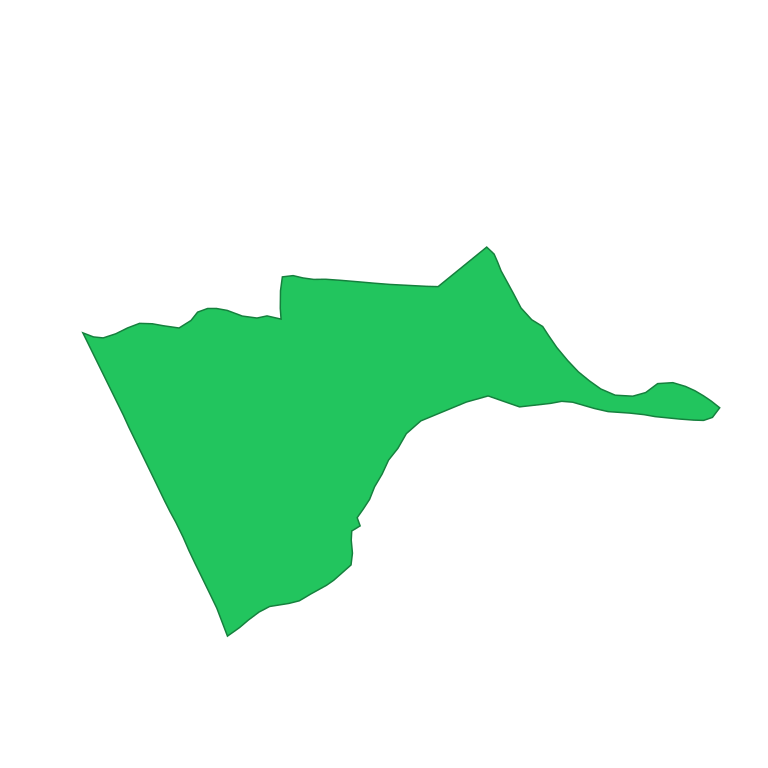 the district of Parnamirim, Rio Grande do Norte, Brazil, rotated 327°
{"feature_id": "56859067B32838397359817", "entity_name": "Parnamirim", "entity_type": "district", "adm_level": 2, "iso_a3": "BRA", "parent_name": "Brazil", "parent_adm1": "Rio Grande do Norte", "projection": "albers", "projection_center": [-35.212, -5.917], "detail": "fine", "context": "isolated", "style": "filled", "palette": "green", "viewbox_px": 768, "rotation_deg": 327, "n_neighbors": 0, "source": "geoboundaries", "source_scale": "gbopen_adm2", "svg_char_len": 1491}
<svg xmlns="http://www.w3.org/2000/svg" viewBox="0 0 768 768"><g transform="rotate(327 384 384)"><path d="M544.7,325.1L482.4,331.8L473.2,325.5L443.3,303.8L430.9,294.3L417.6,283.9L404.2,273.5L392.0,264.3L382.0,258.0L373.8,250.9L366.8,243.6L357.1,238.8L348.0,249.4L338.2,264.1L333.0,273.5L323.0,263.2L313.4,259.5L302.1,249.8L292.6,236.9L284.5,229.3L277.2,224.6L266.8,222.2L256.8,225.6L242.6,225.4L230.7,215.0L222.5,207.3L212.0,200.0L199.4,197.3L186.4,195.8L173.6,192.4L166.0,186.3L159.3,177.1L153.0,229.9L148.4,268.5L146.5,281.1L145.4,290.1L138.8,343.2L136.3,362.8L135.0,374.9L134.1,386.6L132.1,403.0L129.7,417.4L127.8,431.7L126.0,446.6L123.6,466.0L121.7,480.9L115.4,510.2L130.2,509.6L141.7,508.1L154.9,507.2L166.9,508.3L184.9,516.3L194.9,519.7L207.9,520.2L226.3,521.5L235.0,521.2L257.8,517.8L265.4,508.7L271.5,497.1L276.9,489.7L286.7,490.0L288.7,481.5L298.7,477.5L309.1,472.9L320.1,465.1L333.4,458.5L346.4,450.3L360.7,445.5L375.7,437.8L394.8,435.0L443.3,444.0L464.8,450.7L485.2,477.0L513.2,491.0L523.6,495.3L532.3,502.0L547.1,519.1L556.9,529.2L574.2,542.2L585.5,551.4L593.6,559.0L612.7,574.3L624.0,582.9L632.2,588.6L641.3,590.9L652.6,586.8L649.2,576.7L645.5,567.9L641.1,559.0L635.5,550.2L627.0,540.2L613.7,532.7L598.8,533.7L586.0,529.7L571.8,519.3L563.1,506.2L557.9,493.0L553.6,479.6L550.8,464.3L548.8,447.4L548.4,432.6L548.4,422.2L542.9,410.6L540.3,394.8L541.8,379.1L542.9,364.8L543.8,352.9L545.7,343.5L547.1,335.0L544.7,325.1Z" fill="#22c55e" stroke="#15803d" stroke-width="1.5"/></g></svg>